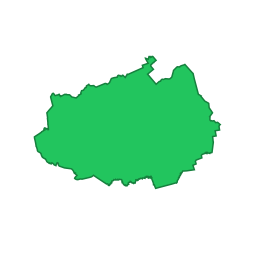 the district of Alsviķu pag., Aluksne, Latvia, rotated 141°
{"feature_id": "27541924B42168726179868", "entity_name": "Alsviķu pag.", "entity_type": "district", "adm_level": 2, "iso_a3": "LVA", "parent_name": "Latvia", "parent_adm1": "Aluksne", "projection": "orthographic", "projection_center": [26.89, 57.426], "detail": "fine", "context": "isolated", "style": "filled", "palette": "green", "viewbox_px": 256, "rotation_deg": 141, "n_neighbors": 0, "source": "geoboundaries", "source_scale": "gbopen_adm2", "svg_char_len": 5590}
<svg xmlns="http://www.w3.org/2000/svg" viewBox="0 0 256 256"><g transform="rotate(141 128 128)"><path d="M144.5,63.7L128.9,56.7L125.5,55.3L125.0,54.7L123.8,55.0L123.3,55.6L122.5,56.2L121.7,56.3L120.2,57.0L119.9,57.1L120.0,57.2L119.9,57.5L119.6,57.4L119.2,57.7L118.8,57.6L118.4,57.8L118.4,58.1L118.1,58.4L117.9,58.4L117.3,58.4L117.2,58.3L116.9,58.5L116.4,58.5L116.4,58.8L116.1,58.9L116.1,59.1L115.8,59.0L115.6,59.1L115.6,59.4L115.3,59.3L115.3,59.5L115.1,59.4L114.8,59.3L114.6,59.4L114.6,59.6L114.0,59.4L112.6,60.1L109.4,57.8L102.7,53.8L101.0,58.2L97.7,57.2L96.6,59.7L95.2,60.2L89.4,58.3L88.2,60.6L87.1,60.8L85.2,60.2L84.2,60.1L84.2,59.8L83.6,59.8L83.5,59.7L83.4,59.4L82.9,59.7L82.8,58.6L82.7,58.4L82.5,58.5L82.5,58.9L82.3,59.2L81.9,59.4L81.7,59.1L82.1,58.7L81.0,57.6L80.4,56.7L79.6,57.0L78.4,56.1L78.0,56.2L70.8,63.1L70.5,63.4L70.0,64.6L69.8,64.7L67.6,68.1L64.5,66.4L62.0,71.0L58.1,68.8L56.3,72.0L55.7,72.2L55.4,72.6L54.2,72.6L54.8,76.0L56.5,77.0L56.5,78.0L56.6,79.6L58.1,80.4L58.7,81.4L59.3,81.7L59.2,82.8L58.5,83.7L57.3,85.0L57.4,85.4L52.8,86.6L52.6,87.9L52.2,92.7L49.8,96.3L49.8,96.6L51.4,100.6L51.4,106.8L51.0,106.9L52.1,109.9L45.5,124.6L43.1,129.4L43.2,129.5L43.8,141.6L45.1,141.9L46.4,142.5L47.8,143.0L48.9,143.1L49.3,142.9L50.5,143.9L51.1,144.5L51.8,144.6L56.4,144.1L57.7,143.0L58.2,142.7L61.8,140.1L62.5,139.9L64.6,139.9L65.3,140.3L67.9,142.8L69.9,143.4L70.6,144.3L71.1,144.5L72.3,144.4L73.3,143.9L73.7,144.2L74.5,144.5L78.6,144.3L78.9,157.5L71.3,157.6L71.4,161.8L70.6,162.7L69.9,162.5L68.9,162.8L67.7,162.9L66.7,162.6L66.3,162.9L63.6,162.9L63.7,167.8L64.2,168.5L64.5,168.5L65.1,168.3L65.3,168.6L66.2,168.7L66.2,169.0L65.8,169.6L66.7,170.3L69.0,168.7L70.5,171.2L70.7,170.8L71.6,165.6L77.4,167.7L78.3,165.4L94.8,169.8L94.6,170.1L94.7,170.3L98.3,169.0L98.8,172.3L99.2,172.5L99.5,172.3L100.2,172.3L100.7,172.8L101.0,172.7L101.2,173.9L101.9,174.3L102.1,174.9L102.8,175.1L103.8,174.8L104.3,174.3L104.7,174.4L106.6,175.6L108.6,176.5L109.8,176.9L114.0,174.8L116.8,175.0L116.8,175.5L116.9,176.1L117.7,177.0L127.0,179.8L127.5,180.7L127.7,181.3L127.9,182.5L130.2,184.1L130.8,184.8L131.1,185.9L131.0,186.6L131.8,186.6L133.7,186.9L135.0,185.8L135.8,186.3L138.8,185.4L140.6,186.2L142.7,184.9L142.9,184.1L143.5,184.1L145.4,184.6L145.4,184.2L149.4,184.0L152.1,187.4L152.5,190.5L155.1,192.9L154.9,193.1L156.0,194.0L160.2,194.8L159.9,195.2L159.9,195.5L160.7,195.9L160.6,196.9L160.2,197.4L160.3,197.5L161.1,197.8L162.0,197.9L163.0,198.6L163.7,198.7L164.3,199.1L164.3,199.6L164.1,200.7L164.2,201.3L164.3,202.1L164.6,202.2L165.9,202.1L166.4,201.6L168.3,201.1L168.8,200.5L172.4,192.6L174.7,192.1L177.8,191.6L181.6,190.8L181.9,190.1L184.1,186.5L184.8,185.9L184.8,185.7L187.0,182.4L188.0,181.2L188.6,180.0L191.2,176.3L191.1,176.5L191.3,177.0L191.2,177.3L191.2,177.7L191.2,178.2L191.2,178.3L192.2,178.7L192.0,179.1L192.0,179.4L192.4,179.9L192.5,180.4L192.6,180.5L193.2,180.5L194.2,179.9L194.4,179.6L194.4,179.3L194.1,178.9L197.6,179.4L198.1,179.2L206.3,180.0L207.0,179.0L208.0,176.9L208.8,175.3L210.1,172.9L211.0,171.5L211.0,171.0L212.0,168.3L212.2,168.2L212.7,167.2L212.7,166.2L211.8,164.0L211.7,163.2L211.8,163.2L211.9,162.6L212.1,162.1L212.7,160.5L212.7,160.1L212.7,159.1L212.9,159.0L212.4,157.5L212.0,156.5L211.8,155.7L211.7,155.7L211.8,154.8L212.2,153.0L212.1,152.2L211.7,151.3L211.5,150.1L210.8,150.2L210.4,148.5L209.8,148.8L209.1,148.9L208.5,147.0L208.6,145.9L207.7,144.1L206.7,144.8L205.4,145.5L204.8,145.5L204.4,144.6L205.3,143.4L205.4,141.7L202.5,137.0L197.6,131.8L197.4,129.4L198.1,126.8L197.5,126.8L197.2,126.1L197.9,125.9L197.4,123.3L199.7,123.0L199.6,122.9L201.2,122.3L200.9,121.3L200.5,120.4L199.5,119.6L199.5,119.4L198.1,118.8L197.4,118.6L195.8,117.1L189.0,113.8L187.0,113.0L184.5,112.9L184.5,112.7L183.5,109.3L179.9,97.9L179.0,97.5L178.9,96.5L179.3,96.2L179.2,95.7L179.0,95.2L178.1,95.2L177.9,95.6L177.5,95.8L177.2,95.8L177.0,95.5L176.8,95.4L176.4,95.9L176.0,96.1L175.8,96.1L175.5,95.6L175.1,95.6L174.8,95.9L174.8,96.2L174.7,96.3L174.0,96.9L173.6,96.6L173.0,96.6L172.6,96.4L172.4,96.5L172.1,96.4L171.5,96.8L170.8,95.8L170.6,95.7L170.1,95.9L170.1,95.7L170.0,95.1L169.4,94.8L168.7,94.8L168.5,94.7L168.8,94.3L168.6,93.9L167.8,93.5L167.4,93.7L167.1,93.7L166.8,93.4L166.4,92.7L165.8,92.4L165.5,91.8L165.7,91.1L166.2,90.5L166.0,90.3L166.0,89.9L166.7,89.5L167.0,89.2L166.6,88.6L166.9,87.3L166.8,85.9L166.1,85.6L166.3,85.2L166.4,84.9L166.2,84.6L165.4,84.5L165.3,84.4L165.4,83.9L165.3,83.7L164.3,83.9L164.0,84.1L163.8,84.3L163.5,84.4L163.3,84.2L163.0,83.8L162.8,83.8L162.7,84.5L162.2,85.2L162.0,85.3L161.4,85.1L161.0,84.8L160.2,85.1L159.9,85.2L159.4,84.2L159.8,83.8L159.7,83.3L159.2,82.8L159.1,82.3L159.0,82.2L158.4,82.1L158.3,81.9L158.7,81.4L159.1,81.2L157.5,81.3L157.2,80.8L157.0,80.7L156.4,81.4L155.9,81.5L155.1,82.0L154.8,82.4L154.7,82.7L154.6,82.8L154.3,82.3L153.8,82.1L153.7,82.0L153.7,81.5L153.4,81.6L153.3,81.9L153.2,81.8L153.3,81.4L153.1,81.1L152.9,81.1L152.8,81.3L152.2,81.7L151.6,81.6L151.4,81.1L151.1,81.0L150.9,81.2L150.5,80.9L150.1,81.1L149.2,80.4L149.1,80.2L149.1,79.8L148.9,79.5L148.4,80.0L148.1,80.0L147.5,79.5L147.1,78.8L146.5,78.4L146.4,78.2L146.1,78.4L145.9,79.1L145.7,79.1L145.0,78.7L144.8,78.5L144.7,78.1L144.4,78.1L144.3,78.6L144.1,78.8L143.4,78.1L143.1,78.0L142.9,77.8L143.2,77.4L143.2,76.9L143.7,76.9L143.8,76.7L143.7,76.2L143.2,76.2L143.0,75.9L142.7,75.7L142.6,75.8L142.7,76.1L142.3,76.5L141.8,75.7L141.8,75.4L141.4,75.8L141.5,76.3L140.8,76.2L140.7,76.1L140.8,75.8L140.6,75.7L140.8,75.5L140.8,75.3L140.9,75.1L140.8,74.9L140.9,74.6L140.8,74.3L141.2,74.1L141.3,74.2L142.9,69.3L143.9,67.8L143.4,67.4L144.5,63.7Z" fill="#22c55e" stroke="#15803d" stroke-width="1.5"/></g></svg>